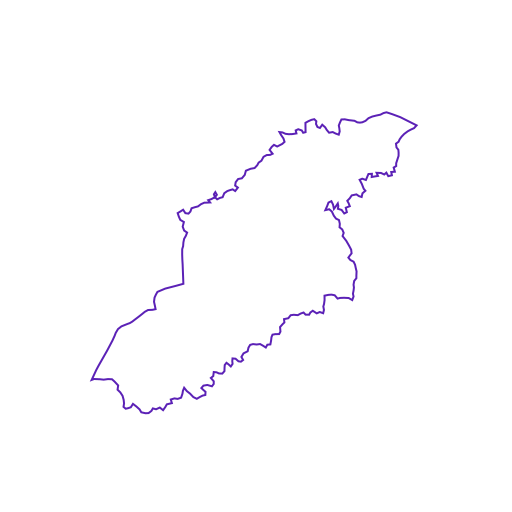 outline of Ponte Serrada, Santa Catarina, Brazil, rotated 331°
{"feature_id": "56859067B50820968764736", "entity_name": "Ponte Serrada", "entity_type": "district", "adm_level": 2, "iso_a3": "BRA", "parent_name": "Brazil", "parent_adm1": "Santa Catarina", "projection": "orthographic", "projection_center": [-51.91, -26.858], "detail": "fine", "context": "isolated", "style": "outline", "palette": "violet", "viewbox_px": 512, "rotation_deg": 331, "n_neighbors": 0, "source": "geoboundaries", "source_scale": "gbopen_adm2", "svg_char_len": 4404}
<svg xmlns="http://www.w3.org/2000/svg" viewBox="0 0 512 512"><g transform="rotate(331 256 256)"><path d="M373.3,164.6L370.5,163.8L367.3,163.5L363.8,163.5L361.8,167.2L359.4,171.7L357.0,171.1L356.9,168.4L354.4,165.6L351.6,165.4L350.8,168.4L346.9,167.0L343.6,165.3L341.0,163.4L339.1,160.8L336.6,159.0L336.6,162.4L337.0,166.5L336.3,170.0L333.3,170.7L330.4,170.6L327.6,170.5L325.6,167.5L322.6,168.2L319.3,169.8L320.1,174.6L317.3,174.4L314.3,172.9L310.7,172.9L306.9,175.3L303.6,175.6L301.1,177.2L297.4,178.4L293.6,177.1L288.5,176.5L285.5,179.6L281.3,181.2L277.7,180.0L274.0,181.6L271.9,184.3L273.3,187.4L269.3,189.1L267.9,186.4L264.8,185.7L262.4,185.3L258.7,185.7L255.3,188.4L252.6,187.7L249.5,187.6L248.6,184.7L244.5,184.6L241.3,184.0L241.8,186.9L239.5,185.8L236.6,184.3L233.0,184.0L229.3,184.5L226.2,183.7L222.8,183.0L220.2,185.3L217.5,186.2L215.0,184.3L214.7,180.2L211.6,180.4L208.3,180.5L207.6,184.2L207.3,187.7L209.4,191.3L206.1,194.8L205.5,198.9L207.1,202.1L204.5,204.3L201.5,206.1L199.1,208.9L197.0,212.1L194.8,214.2L192.1,219.0L189.8,223.5L187.8,227.7L179.0,245.1L171.6,243.3L160.8,240.5L152.4,239.6L149.8,241.2L147.1,243.2L144.6,246.6L143.4,250.7L142.4,253.8L139.4,252.9L135.4,250.9L131.7,250.9L128.4,251.5L124.7,252.1L122.0,252.5L119.2,252.9L116.0,253.4L113.1,253.5L110.6,253.1L104.2,252.3L99.9,253.0L96.1,255.2L93.6,257.3L89.4,260.4L79.9,266.6L65.3,275.5L61.1,278.2L52.2,284.7L54.8,285.1L56.9,286.4L59.7,288.1L62.8,290.3L66.9,291.9L70.3,294.0L71.4,297.2L72.7,302.4L70.1,305.8L71.2,309.5L71.5,313.6L70.5,317.7L69.1,321.0L67.0,323.7L68.0,326.4L70.4,327.1L73.2,327.6L76.7,325.7L78.4,329.6L79.8,333.7L79.9,337.1L83.2,340.0L85.9,341.3L89.4,340.8L91.9,339.3L94.3,341.6L98.4,341.9L100.0,345.8L103.5,344.1L106.1,342.5L108.6,343.2L111.1,343.9L111.9,340.2L115.6,341.0L118.2,343.0L121.8,343.6L124.9,340.8L126.7,338.5L129.3,336.4L130.0,340.6L131.6,344.4L132.8,349.0L135.0,352.2L138.6,352.1L141.6,352.2L144.3,353.0L146.0,350.3L145.0,347.6L144.2,345.0L147.2,343.9L150.9,345.2L154.3,348.6L157.0,347.4L158.3,345.1L157.4,340.8L160.4,340.3L162.8,337.0L165.1,338.6L166.7,340.8L169.5,342.5L172.6,341.4L174.3,338.5L175.8,336.2L178.4,335.1L179.5,337.6L180.4,340.4L183.2,339.0L184.3,336.4L185.8,334.2L188.3,335.9L189.6,339.6L191.6,341.1L194.3,340.7L194.3,337.2L197.9,335.1L202.5,335.3L205.0,332.5L207.8,330.9L210.7,331.6L213.6,333.7L216.9,335.0L218.6,337.8L220.2,340.8L222.9,339.1L225.7,340.3L228.1,337.4L230.2,334.5L232.3,332.8L235.0,333.7L238.4,335.5L240.7,334.0L242.6,329.8L246.3,328.5L248.6,327.9L249.9,324.8L254.1,326.1L257.6,324.6L260.5,325.7L263.9,328.0L267.2,328.0L270.2,328.5L270.9,331.3L274.0,333.1L276.1,331.8L279.1,331.4L281.3,335.6L284.6,335.9L287.0,338.6L289.3,336.1L290.4,332.8L292.2,331.0L294.6,327.8L296.7,323.9L300.5,325.1L303.3,326.4L305.8,328.5L306.7,332.8L309.1,333.4L312.7,335.2L316.7,337.7L318.8,341.2L321.7,338.7L322.5,336.0L324.6,333.5L326.4,331.0L327.4,328.4L329.8,325.4L333.0,324.1L334.4,321.6L336.5,318.2L337.5,314.6L338.4,311.7L338.6,308.3L336.6,305.3L336.0,302.2L338.3,301.1L340.9,300.0L342.3,296.6L342.4,291.9L342.3,286.5L341.4,280.5L343.9,278.3L344.3,274.6L343.0,271.4L344.9,268.5L346.0,264.8L344.1,262.1L343.6,258.5L343.9,253.9L342.7,250.6L338.9,249.5L342.6,246.7L345.3,244.4L348.5,244.6L348.3,248.4L347.0,252.6L349.9,251.3L353.0,249.7L352.2,252.2L350.5,254.4L353.2,257.2L353.8,261.6L356.7,261.7L357.9,257.3L362.2,257.9L362.6,254.8L362.6,252.0L365.9,251.0L369.1,249.4L373.7,250.8L375.1,253.6L377.0,255.6L379.5,252.8L383.3,252.0L382.8,249.4L383.5,244.3L383.6,239.6L386.4,239.9L389.0,242.8L391.9,240.5L394.1,238.8L397.2,240.3L395.5,243.0L398.2,243.9L401.5,245.1L401.8,241.7L405.6,244.0L407.7,246.9L410.4,246.3L410.4,250.3L414.0,251.3L415.0,248.1L418.3,249.6L419.3,245.4L422.2,245.3L423.6,242.8L426.6,240.0L429.2,237.6L430.8,234.8L432.0,232.1L431.5,229.2L432.9,225.6L436.1,225.2L438.2,223.6L441.2,222.2L444.8,221.1L449.1,220.5L452.5,220.5L456.2,220.8L459.8,219.6L449.5,204.5L443.9,198.0L441.7,195.6L439.8,193.6L436.8,192.8L433.3,192.7L429.4,191.5L425.3,190.4L421.2,190.0L417.3,190.9L413.8,190.6L411.5,189.7L409.4,188.2L407.7,185.5L405.2,183.7L403.2,182.3L399.9,179.5L396.9,178.0L394.1,180.0L391.7,182.0L390.8,184.7L389.6,187.6L387.2,190.0L385.0,187.5L383.2,184.8L379.7,183.6L379.0,180.0L378.9,177.0L377.6,173.3L374.0,175.0L372.3,173.0L372.5,169.6L374.1,167.4L373.3,164.6ZM248.6,184.7L251.4,183.5L251.4,180.4L249.1,181.6L248.6,184.7Z" fill="none" stroke="#5b21b6" stroke-width="2"/></g></svg>